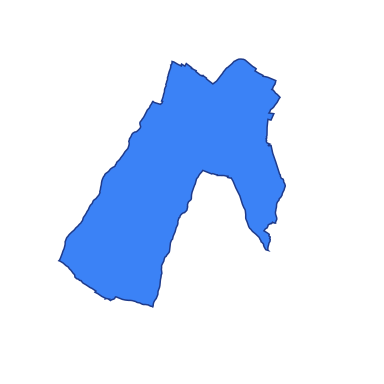 outline of Oncesti, Bacau, Romania, rotated 218°
{"feature_id": "2599482B34822655118034", "entity_name": "Oncesti", "entity_type": "district", "adm_level": 2, "iso_a3": "ROU", "parent_name": "Romania", "parent_adm1": "Bacau", "projection": "mercator", "projection_center": [27.254, 46.484], "detail": "fine", "context": "isolated", "style": "filled", "palette": "blue", "viewbox_px": 384, "rotation_deg": 218, "n_neighbors": 0, "source": "geoboundaries", "source_scale": "gbopen_adm2", "svg_char_len": 6017}
<svg xmlns="http://www.w3.org/2000/svg" viewBox="0 0 384 384"><g transform="rotate(218 192 192)"><path d="M233.0,328.3L235.4,326.8L236.9,325.5L237.8,324.0L238.9,321.3L239.2,321.1L239.4,319.0L239.4,318.1L239.6,317.1L239.9,315.4L240.3,313.7L240.4,312.7L241.0,311.2L241.2,309.3L241.1,308.6L241.2,306.1L240.9,304.1L241.0,303.0L240.9,294.6L242.1,290.0L249.1,290.0L250.4,290.1L250.8,290.7L254.4,290.5L255.1,290.7L255.3,290.4L254.8,290.1L255.4,289.6L256.5,289.6L257.2,289.1L263.2,289.3L263.4,290.2L265.3,289.7L267.7,289.4L268.1,289.1L268.8,289.2L268.9,289.8L275.6,289.7L275.1,286.8L279.0,286.4L278.8,285.4L278.2,285.2L278.0,284.7L281.8,283.9L286.4,283.3L288.1,282.6L287.0,281.1L286.7,279.9L286.7,279.2L286.9,278.9L286.4,278.6L286.1,278.0L285.6,277.3L285.7,277.1L285.2,276.5L284.3,273.5L284.0,273.0L284.0,272.4L283.5,271.7L283.5,271.3L283.2,270.7L283.0,270.0L282.3,268.9L281.9,267.3L280.7,265.7L280.3,265.0L280.3,264.5L279.9,263.3L279.4,262.5L278.9,260.7L278.2,260.2L277.7,259.5L277.5,258.1L276.8,256.0L275.2,253.6L274.6,251.7L273.3,249.0L272.5,246.7L272.0,244.9L270.9,245.3L270.7,244.4L270.4,243.9L270.6,242.5L271.0,242.0L270.9,241.6L276.7,239.4L277.7,239.3L278.5,239.4L278.7,239.2L278.1,236.0L278.1,234.4L277.5,232.7L277.4,232.0L277.7,229.0L277.4,227.7L276.3,222.2L276.1,220.7L276.1,218.6L275.9,217.4L276.0,215.5L275.8,214.7L275.0,213.6L272.7,211.9L272.4,211.3L272.2,210.4L272.2,209.6L272.4,207.7L272.8,205.6L273.0,205.1L274.1,203.9L274.9,201.7L274.8,200.1L274.2,198.1L274.0,195.3L273.3,194.3L273.1,193.1L271.7,192.0L270.9,191.0L270.8,190.6L270.4,189.9L269.3,186.8L269.6,182.6L269.2,178.8L269.2,175.0L269.0,173.1L269.5,170.0L269.6,169.0L269.1,167.8L269.0,167.4L269.1,166.6L268.6,165.1L268.9,163.9L269.5,162.8L270.2,160.7L270.4,159.8L270.4,157.0L270.8,155.3L271.2,154.1L271.5,152.5L271.4,152.0L271.1,151.3L271.1,149.6L270.6,147.4L269.9,145.3L268.9,143.4L268.0,142.0L266.7,139.2L265.8,137.7L264.9,135.6L264.5,135.1L264.1,134.9L263.5,132.3L263.6,130.1L263.6,127.7L264.3,125.4L264.4,124.6L264.4,124.2L263.6,121.5L263.9,118.9L263.5,116.6L263.1,115.3L262.8,114.2L262.7,112.0L262.3,110.4L262.0,107.7L261.9,105.1L261.4,103.7L260.9,102.7L260.7,102.0L260.7,100.5L260.5,99.1L260.9,96.9L260.9,95.1L261.5,91.8L261.4,90.6L261.5,89.0L262.0,86.9L262.5,83.4L262.6,81.7L262.4,80.7L262.6,79.5L262.5,78.5L261.3,74.6L260.4,73.6L259.4,72.0L257.9,68.5L257.3,66.0L256.3,63.3L255.0,59.0L254.5,57.0L254.6,55.9L253.3,56.3L249.7,56.7L246.0,56.4L243.3,56.7L241.4,56.0L239.2,55.8L235.3,54.7L233.7,54.6L231.7,52.8L230.5,52.8L229.7,52.6L227.6,53.4L226.4,53.1L225.7,53.5L225.4,53.4L224.8,53.9L222.5,53.2L221.4,53.2L218.6,53.6L213.2,54.0L211.8,54.4L206.7,54.8L206.8,53.3L203.6,53.9L198.8,54.2L194.9,55.0L194.6,54.3L193.6,55.6L191.9,56.3L191.3,56.6L191.4,56.2L189.4,56.3L189.1,57.4L187.9,59.2L187.4,60.2L187.7,62.2L187.4,62.6L180.8,64.5L178.1,65.8L175.2,67.6L173.9,68.6L172.3,69.6L168.9,71.0L167.7,71.1L166.1,71.7L165.4,72.3L162.0,73.0L161.1,73.4L159.4,74.7L156.7,76.2L155.7,76.2L154.9,76.5L154.5,76.5L153.1,77.2L152.2,77.3L152.5,78.3L153.5,79.8L154.2,81.4L154.6,83.6L154.6,86.0L155.8,90.2L157.6,92.8L158.9,96.9L159.7,98.5L162.9,103.5L164.0,105.8L165.2,107.7L165.5,109.0L165.8,109.5L168.5,112.2L169.4,113.7L170.5,115.0L170.8,115.7L171.7,120.2L172.5,121.8L173.1,123.4L173.2,124.0L173.1,124.5L172.8,125.2L172.8,125.8L173.0,126.2L172.9,130.3L173.3,131.5L177.7,138.7L178.4,141.1L178.5,141.9L178.3,142.8L179.6,145.5L180.8,150.2L182.5,154.1L183.1,157.2L184.0,158.9L185.1,160.2L186.1,162.9L186.4,163.5L186.1,163.8L186.0,164.5L186.7,166.1L186.7,167.2L186.5,168.9L186.3,169.5L185.6,170.8L185.1,171.2L185.1,172.4L184.9,173.0L184.9,174.9L185.5,175.7L185.7,176.5L185.9,176.7L186.0,177.1L186.5,177.6L186.4,177.7L186.6,178.0L187.7,179.1L188.4,180.9L188.7,182.2L188.1,185.1L188.3,186.2L190.6,189.4L191.8,191.8L193.6,197.1L194.2,199.1L194.4,200.3L196.5,205.1L196.5,206.6L196.4,207.5L196.8,209.4L196.9,211.1L196.7,213.9L196.8,215.7L187.5,218.4L187.0,219.3L183.6,220.5L182.7,221.1L182.3,220.6L176.9,224.7L174.3,225.9L173.3,226.6L173.1,226.2L173.6,225.9L173.5,225.7L172.9,225.8L172.7,225.5L170.3,226.6L169.7,227.2L166.3,225.8L162.4,223.6L160.2,222.3L151.9,218.4L144.6,213.3L141.5,211.6L139.4,210.8L138.4,210.0L135.7,207.2L134.1,205.1L133.5,204.4L132.4,203.6L130.3,202.5L125.9,199.6L124.1,198.9L122.9,198.9L120.1,198.2L115.9,198.1L111.2,197.6L109.0,196.5L107.9,196.2L106.9,195.3L105.8,195.4L103.7,195.0L103.3,194.6L103.0,194.5L102.7,194.0L101.4,193.2L98.5,192.0L98.1,192.0L95.9,192.9L96.5,193.0L98.0,194.9L98.2,195.6L98.6,196.0L99.0,197.3L99.7,198.7L100.0,199.6L100.1,201.0L101.3,203.0L102.2,203.1L102.6,204.6L103.0,204.8L103.9,204.7L104.4,204.8L105.1,206.2L107.9,206.1L111.4,205.7L111.5,208.2L110.7,210.0L111.2,211.9L111.7,212.9L111.5,213.3L111.5,213.7L110.7,215.0L110.8,215.4L109.9,216.0L110.0,217.7L109.6,217.7L109.5,217.4L108.8,218.1L108.2,218.2L107.3,218.6L107.0,219.0L107.4,219.3L107.9,220.8L108.3,222.5L108.7,223.1L109.6,224.0L112.4,225.9L113.4,226.9L114.0,227.7L114.4,228.7L115.2,230.0L116.1,232.0L117.9,234.6L118.3,235.8L118.6,237.3L118.4,238.5L118.5,239.3L119.1,240.4L118.8,242.3L119.1,244.9L119.6,245.8L120.1,247.1L120.7,250.3L121.4,251.9L122.0,253.8L122.4,254.4L123.9,255.5L126.0,256.4L126.6,257.2L128.0,258.2L130.2,257.8L132.2,258.9L132.8,259.8L133.9,260.0L144.6,267.3L152.2,272.2L158.3,277.3L160.1,275.6L160.5,275.6L160.6,275.8L160.3,276.7L160.1,277.7L163.0,276.9L163.8,277.1L164.7,277.7L164.9,278.5L165.5,278.6L166.0,279.7L166.4,279.7L166.4,280.5L167.0,281.3L167.3,281.3L167.8,282.8L172.7,289.3L176.9,296.0L174.0,297.3L175.7,304.1L180.0,301.6L180.1,303.1L180.4,304.3L180.8,305.2L180.1,307.7L179.9,309.5L180.1,310.8L180.1,313.7L180.1,315.0L180.8,319.0L180.9,320.8L184.9,321.4L187.1,321.3L188.2,321.7L190.8,322.3L192.2,321.9L192.2,323.4L192.6,324.4L192.9,325.6L192.9,326.8L193.2,327.8L193.0,328.0L193.5,329.0L193.5,329.4L194.2,330.6L194.5,331.4L202.9,329.1L205.7,327.8L206.6,327.2L207.5,326.9L207.8,327.6L210.2,327.2L211.8,326.8L216.9,326.2L217.3,328.6L219.2,328.6L221.3,328.3L231.3,328.7L233.0,328.3Z" fill="#3b82f6" stroke="#1e3a8a" stroke-width="1.5"/></g></svg>